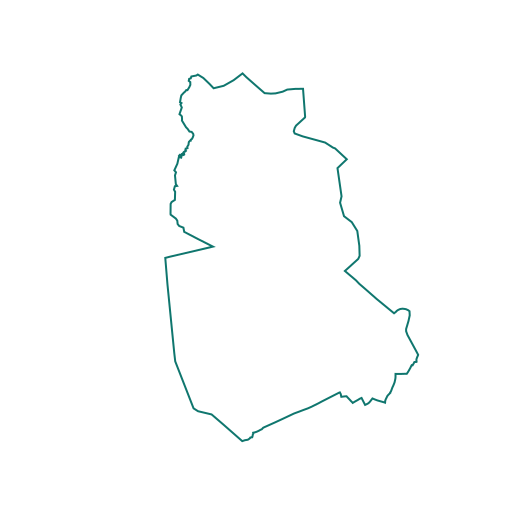 outline of Lagos Mainland, Lagos, Nigeria, rotated 153°
{"feature_id": "59680162B78639882894514", "entity_name": "Lagos Mainland", "entity_type": "district", "adm_level": 2, "iso_a3": "NGA", "parent_name": "Nigeria", "parent_adm1": "Lagos", "projection": "albers", "projection_center": [3.381, 6.497], "detail": "fine", "context": "isolated", "style": "outline", "palette": "teal", "viewbox_px": 512, "rotation_deg": 153, "n_neighbors": 0, "source": "geoboundaries", "source_scale": "gbopen_adm2", "svg_char_len": 3082}
<svg xmlns="http://www.w3.org/2000/svg" viewBox="0 0 512 512"><g transform="rotate(153 256 256)"><path d="M227.2,443.9L232.1,445.3L233.5,443.9L235.1,444.2L236.4,442.6L235.6,440.8L236.8,438.3L238.8,436.7L241.8,434.9L242.8,435.5L244.4,434.7L246.1,434.3L249.6,433.0L251.2,431.1L253.9,427.5L253.0,426.1L254.6,425.3L254.7,422.0L259.8,417.1L258.9,415.1L258.7,414.0L259.8,411.4L260.5,410.3L259.9,402.5L259.2,400.2L258.9,397.8L258.8,397.1L257.0,395.8L256.5,393.4L256.9,391.9L258.6,390.3L259.9,389.4L261.2,389.2L261.8,388.4L262.4,388.7L264.0,388.1L264.8,387.1L265.6,385.8L267.6,384.6L268.1,383.2L269.9,383.6L270.2,382.9L270.9,382.5L270.7,381.5L271.6,381.2L272.9,381.5L273.8,381.1L273.6,379.9L273.9,379.0L274.6,378.9L275.2,380.4L275.9,380.6L276.8,380.1L276.6,379.5L277.3,379.6L278.0,380.7L278.7,380.4L277.5,378.8L277.3,378.4L278.0,377.6L279.8,379.2L284.2,373.9L289.9,369.4L289.3,366.9L291.6,364.6L294.8,356.4L294.5,354.3L296.6,355.0L299.0,352.4L298.9,349.9L302.8,342.8L306.7,342.4L308.4,341.2L313.0,332.4L313.3,331.6L310.4,325.7L310.1,323.2L311.3,320.1L310.8,317.6L307.8,314.2L309.0,310.1L300.1,297.6L293.3,288.3L290.1,283.9L333.2,294.5L337.7,295.5L347.7,271.1L372.9,206.6L375.8,198.8L380.8,148.6L378.1,144.0L367.5,135.0L361.7,120.9L352.3,97.3L349.5,96.9L346.7,96.0L345.0,96.2L344.0,96.4L343.6,96.8L342.3,96.6L342.1,96.3L341.7,96.2L340.9,97.0L339.7,98.6L339.2,98.8L338.8,99.2L338.7,99.8L337.1,99.4L335.3,99.1L333.0,99.0L330.9,99.1L329.5,99.0L327.6,99.7L326.6,99.7L322.7,99.5L314.7,99.1L306.8,98.8L293.8,98.4L291.9,98.2L288.7,97.8L283.9,97.3L279.0,96.7L275.4,96.5L267.3,96.4L263.6,96.5L258.9,96.5L254.0,96.5L244.0,96.5L243.2,96.4L243.2,94.3L243.5,93.4L243.9,91.8L240.3,90.5L239.0,89.9L238.9,89.4L238.4,87.7L237.8,85.7L237.2,83.5L236.6,81.8L236.5,81.2L233.6,81.4L230.5,81.5L228.4,81.7L226.4,81.6L226.4,77.3L226.4,73.8L223.5,73.7L221.8,74.0L220.1,74.7L216.9,76.2L215.3,74.3L213.4,72.2L210.8,69.8L207.8,67.0L207.6,66.7L207.5,66.8L206.7,68.2L205.6,69.3L202.4,71.7L201.4,72.1L198.5,73.1L198.5,73.4L197.0,74.3L195.7,75.5L194.2,76.9L192.5,78.2L189.9,80.5L187.6,83.3L186.7,84.7L185.2,87.6L181.0,85.4L178.2,84.1L175.1,82.6L172.8,83.9L169.6,86.0L167.1,87.9L166.6,88.1L166.2,88.0L166.0,87.6L165.0,88.2L163.0,89.6L161.1,88.8L160.7,89.3L160.4,90.4L159.7,91.4L158.3,92.7L157.2,93.6L156.4,94.3L156.4,96.8L156.9,116.8L156.4,120.8L155.4,122.8L153.0,125.3L149.6,128.9L146.0,133.3L144.3,137.1L145.0,138.6L146.5,140.5L147.4,141.2L149.3,142.5L151.6,143.3L153.8,143.4L155.5,143.2L156.8,142.7L159.0,142.3L168.0,162.9L173.9,177.7L176.6,184.3L178.0,189.0L181.5,197.3L183.6,202.3L166.2,207.0L163.6,209.1L159.3,218.2L154.4,232.3L155.3,242.7L159.5,251.5L156.9,265.3L152.7,270.3L143.5,297.3L131.2,301.0L133.2,306.4L136.7,316.0L138.2,317.6L142.9,325.7L148.9,331.2L160.1,341.4L165.9,347.6L165.7,350.0L163.3,352.6L161.1,354.0L149.5,357.2L149.0,357.8L138.2,383.6L138.4,383.7L144.7,386.9L152.6,390.1L157.6,390.3L164.7,392.0L169.0,393.9L174.4,397.2L179.0,408.6L183.4,419.7L185.1,424.8L196.1,422.8L207.5,422.3L217.6,424.7L219.3,430.4L222.1,438.5L225.5,444.1L227.2,443.9Z" fill="none" stroke="#0f766e" stroke-width="2"/></g></svg>